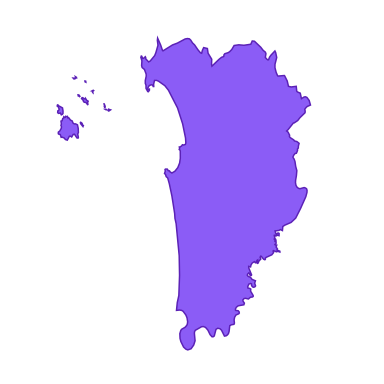 outline of Tinh Gia, Thanh Hóa, Vietnam, rotated 174°
{"feature_id": "81297802B97652803071493", "entity_name": "Tinh Gia", "entity_type": "district", "adm_level": 2, "iso_a3": "VNM", "parent_name": "Vietnam", "parent_adm1": "Thanh Hóa", "projection": "robinson", "projection_center": [105.829, 19.452], "detail": "fine", "context": "isolated", "style": "filled", "palette": "violet", "viewbox_px": 384, "rotation_deg": 174, "n_neighbors": 0, "source": "geoboundaries", "source_scale": "gbopen_adm2", "svg_char_len": 6024}
<svg xmlns="http://www.w3.org/2000/svg" viewBox="0 0 384 384"><g transform="rotate(174 192 192)"><path d="M210.1,348.6L210.6,346.5L210.5,341.5L213.4,334.3L214.9,331.5L219.8,326.7L221.5,325.9L224.0,329.1L224.0,330.5L224.3,331.4L226.1,330.1L227.1,330.0L227.8,332.3L228.2,332.5L228.8,331.3L228.1,327.7L228.9,323.0L228.6,321.0L226.5,318.8L225.3,314.2L225.4,312.1L226.8,307.8L227.1,304.9L226.6,303.0L226.9,299.8L225.5,296.5L224.9,296.3L223.7,297.7L223.6,298.8L224.9,298.7L225.2,299.9L223.4,302.3L221.4,302.9L220.1,302.5L219.5,300.9L219.0,300.9L218.9,303.2L217.6,306.9L215.5,306.7L213.7,305.7L207.9,300.6L204.8,295.7L197.6,277.1L194.2,260.8L192.8,246.4L193.0,241.5L193.6,240.0L195.5,239.6L196.6,240.0L197.7,238.7L199.9,238.0L199.5,237.5L200.3,235.6L199.5,234.8L199.4,233.7L200.1,226.7L201.3,222.1L203.6,217.7L206.9,214.4L210.0,213.0L211.6,214.2L212.2,215.4L213.3,215.6L214.2,217.4L216.0,217.6L216.5,217.2L216.4,215.6L217.4,213.2L216.5,212.3L216.1,210.0L214.7,208.5L213.7,202.6L212.4,190.1L211.5,172.4L211.7,167.5L211.1,162.2L211.4,130.0L213.1,110.4L215.9,90.5L218.2,83.6L219.8,75.9L216.7,75.9L214.6,75.3L213.3,74.3L211.0,70.4L210.1,67.4L209.9,63.3L210.6,60.7L211.8,59.3L213.0,58.2L216.8,56.5L217.7,55.3L218.9,52.4L219.2,47.7L218.7,44.4L216.6,38.7L214.6,36.4L212.7,35.4L209.3,36.2L206.3,39.6L204.5,43.7L204.4,51.1L204.1,52.7L203.2,54.1L196.6,57.0L194.8,57.0L193.1,56.2L192.3,55.4L190.6,52.9L188.9,48.2L187.2,45.9L186.1,45.8L184.9,46.5L182.5,52.9L180.6,53.8L178.5,53.1L177.1,51.5L174.8,45.3L173.1,45.4L171.8,46.1L170.6,47.3L169.7,49.4L168.4,55.1L166.8,55.8L164.1,56.0L163.5,57.2L163.5,60.4L162.7,63.0L161.1,65.1L158.2,66.0L157.6,66.7L157.7,68.0L158.5,69.1L160.8,69.6L161.1,70.0L161.0,71.2L159.9,72.8L157.9,74.0L152.2,74.4L151.5,76.0L152.6,78.0L152.7,79.3L151.4,80.6L149.9,80.7L147.1,79.7L144.9,81.2L142.7,81.3L142.0,81.9L142.0,82.7L144.1,87.3L143.7,89.3L144.5,90.0L146.4,90.6L146.5,91.9L145.2,94.4L143.4,94.9L142.5,94.5L142.5,92.6L141.6,91.2L140.5,90.8L139.1,91.3L138.6,92.0L139.2,94.8L138.2,97.1L141.4,98.8L142.7,101.0L144.9,102.2L145.7,103.4L145.3,104.5L144.0,105.6L143.3,105.1L143.2,103.7L142.7,102.9L141.8,102.8L141.4,103.3L143.5,110.6L143.4,112.1L141.6,111.4L140.9,113.4L139.5,115.1L137.3,116.2L136.4,115.0L136.0,114.9L134.5,117.2L133.9,117.5L134.7,114.8L134.4,114.2L133.7,114.4L132.6,116.4L130.6,118.1L131.1,119.9L130.5,121.0L129.8,120.8L127.9,117.7L126.6,117.0L126.1,117.4L125.9,118.6L125.2,119.2L119.2,121.2L117.2,123.2L117.5,124.8L117.2,125.2L114.3,123.7L112.7,124.0L110.9,123.1L110.8,123.9L113.6,125.5L113.0,126.5L114.1,128.5L113.3,130.3L114.7,130.6L115.0,131.2L114.1,131.7L113.7,132.3L113.6,134.5L114.6,134.2L114.8,134.6L113.7,135.6L113.7,136.2L114.0,136.6L114.7,136.2L115.1,136.5L114.5,138.0L114.7,140.3L114.1,140.4L113.1,139.5L111.6,140.1L110.0,139.5L109.7,141.7L110.7,142.3L112.5,141.2L113.1,142.4L113.4,144.6L109.5,144.7L108.1,145.4L106.1,144.2L105.3,148.2L103.2,149.3L96.6,151.4L91.6,155.2L85.8,164.2L79.3,175.4L77.7,179.6L77.4,181.6L77.7,183.2L78.7,184.1L80.0,184.7L84.3,184.0L85.6,184.5L86.9,185.6L87.9,187.7L88.1,190.5L87.7,193.0L86.5,197.2L85.5,202.3L86.2,206.6L86.4,211.5L87.0,214.1L87.9,215.7L87.9,216.4L86.8,218.2L85.3,219.6L84.2,219.6L83.5,220.7L82.7,222.4L82.6,223.8L81.7,224.6L81.4,226.6L80.4,229.2L82.4,231.2L84.8,232.1L85.3,233.1L88.7,235.9L89.3,236.9L89.0,238.3L90.2,241.5L91.5,242.8L90.1,243.8L84.0,250.0L83.2,250.0L79.4,252.0L76.9,254.6L71.3,259.0L71.0,260.6L71.2,262.5L69.7,264.1L68.5,265.0L65.1,266.1L65.9,270.8L67.8,274.0L69.1,274.8L70.5,274.8L73.4,273.4L74.0,279.0L76.7,280.5L77.3,281.3L77.3,286.2L82.4,286.1L85.0,287.0L85.7,292.5L87.7,297.8L88.0,298.2L94.1,298.3L94.7,298.6L95.8,302.2L96.5,307.0L96.1,310.4L93.7,316.9L94.2,321.9L94.8,323.6L99.1,319.9L100.8,318.0L102.0,315.6L102.6,315.4L103.7,316.3L105.0,318.2L104.0,321.8L104.4,323.4L106.4,325.4L108.5,328.8L114.1,335.4L116.3,335.9L118.1,332.8L125.0,332.5L130.1,333.5L134.8,333.3L137.6,329.5L139.9,327.6L141.5,326.8L144.9,326.1L145.8,325.2L146.3,323.4L148.5,322.9L151.3,321.1L159.0,315.1L159.2,316.9L158.5,322.0L161.5,328.3L161.7,333.1L165.3,334.4L166.8,331.9L167.9,329.0L169.1,329.6L171.3,332.9L174.1,338.1L175.9,340.2L177.4,343.2L178.6,344.6L180.5,345.1L182.9,344.9L191.0,341.6L196.0,340.3L206.1,335.4L206.6,336.1L207.8,341.4L210.1,348.6ZM316.2,260.5L313.5,259.1L312.4,257.4L310.6,256.6L308.1,260.3L307.0,260.2L305.9,259.3L304.1,261.7L302.8,261.7L300.8,257.8L299.7,257.5L299.3,258.2L299.6,261.7L298.8,262.9L298.5,267.2L298.9,270.8L300.6,271.9L301.9,272.0L303.0,272.8L303.8,275.3L305.3,276.2L306.9,278.8L307.7,278.7L308.0,280.2L308.5,280.0L309.8,280.5L310.2,279.5L310.7,279.4L311.6,280.2L311.8,279.2L312.9,278.6L313.7,276.5L314.9,276.2L314.8,273.2L315.4,272.0L315.0,270.7L315.3,269.1L317.1,266.5L318.6,265.6L318.9,264.5L318.7,263.6L317.0,262.9L316.3,259.4L316.2,260.5ZM314.7,284.3L313.9,282.4L312.8,282.8L312.1,283.6L311.8,286.1L312.0,289.2L315.0,291.3L315.8,291.5L315.9,292.3L316.5,292.7L316.9,292.4L317.0,291.4L316.3,291.1L315.4,288.3L316.2,286.9L317.0,286.7L317.3,284.9L316.4,284.1L314.7,284.3ZM288.2,292.2L286.7,289.8L286.4,289.9L286.4,292.3L285.8,293.0L286.0,293.5L287.0,294.0L288.1,296.2L288.3,295.7L288.7,295.7L291.0,297.3L291.5,297.3L292.1,296.4L290.5,294.6L290.7,294.2L290.3,293.1L289.7,292.5L288.2,292.2ZM295.7,271.7L293.6,268.5L293.1,269.5L294.2,270.1L293.9,270.9L294.3,272.0L295.4,273.0L295.7,272.8L295.5,272.2L295.7,271.7ZM266.9,281.8L266.6,281.3L266.1,281.3L264.4,282.2L266.3,283.1L266.9,281.8ZM270.3,288.8L270.0,287.3L270.3,286.3L270.0,285.1L269.7,285.0L269.4,286.3L270.1,288.8L270.3,288.8ZM294.0,299.3L293.8,298.7L293.5,298.9L294.4,300.4L295.2,300.5L295.0,299.3L294.0,299.3ZM297.8,316.9L296.7,316.7L295.9,317.4L296.2,317.8L296.5,317.3L298.3,317.7L297.8,316.9ZM286.8,313.6L286.9,312.8L286.1,312.3L286.1,313.3L286.8,313.6ZM295.8,318.8L295.5,317.7L294.9,317.5L294.9,318.1L295.8,318.8ZM280.6,303.1L279.5,302.9L279.2,303.1L279.6,303.5L280.6,303.1ZM280.7,302.4L280.3,301.2L280.2,301.1L280.3,302.4L280.7,302.4ZM269.4,283.1L269.0,282.8L268.3,282.7L268.4,283.0L269.4,283.1Z" fill="#8b5cf6" stroke="#5b21b6" stroke-width="1.5"/></g></svg>